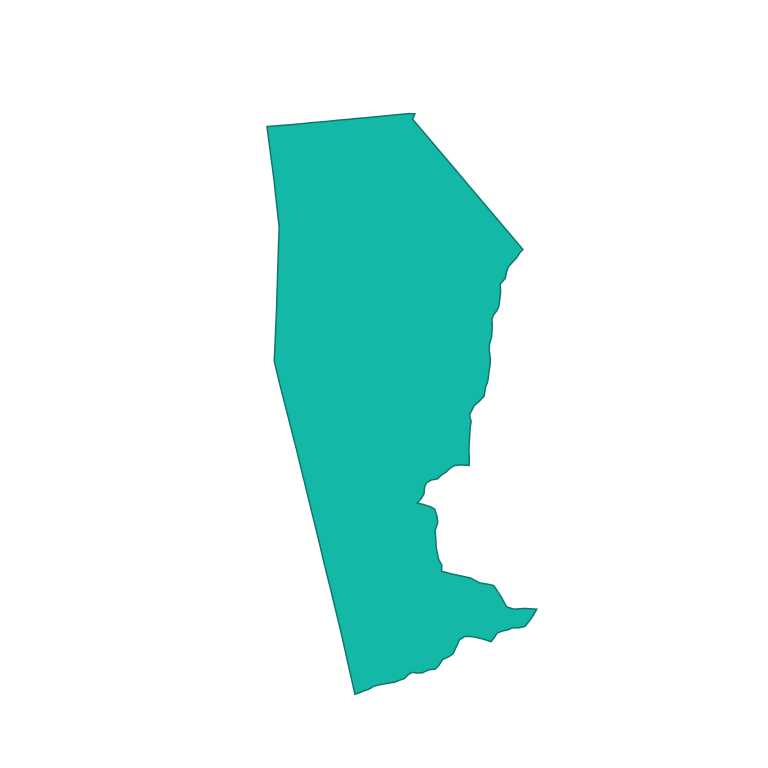 the district of São José da Tapera, Alagoas, Brazil, rotated 238°
{"feature_id": "56859067B81495136309648", "entity_name": "São José da Tapera", "entity_type": "district", "adm_level": 2, "iso_a3": "BRA", "parent_name": "Brazil", "parent_adm1": "Alagoas", "projection": "albers", "projection_center": [-37.538, -9.529], "detail": "fine", "context": "isolated", "style": "filled", "palette": "teal", "viewbox_px": 768, "rotation_deg": 238, "n_neighbors": 0, "source": "geoboundaries", "source_scale": "gbopen_adm2", "svg_char_len": 1935}
<svg xmlns="http://www.w3.org/2000/svg" viewBox="0 0 768 768"><g transform="rotate(238 384 384)"><path d="M461.7,303.1L441.2,296.2L436.6,294.7L374.9,275.1L355.7,268.7L344.6,265.1L317.1,256.0L284.8,245.4L264.5,238.5L245.2,232.2L240.4,230.7L194.3,215.3L136.2,194.9L135.2,199.8L134.3,204.5L133.1,209.9L133.1,214.8L131.9,219.2L129.3,225.8L127.5,230.4L125.4,235.2L124.6,239.8L123.4,245.2L124.6,250.1L124.7,254.8L121.5,258.7L118.8,263.3L117.9,270.7L115.0,276.3L116.4,281.6L119.3,287.7L118.4,294.0L118.6,299.6L123.0,306.3L127.1,312.7L127.1,318.8L122.5,325.6L117.3,330.8L113.3,334.5L108.7,338.2L110.4,342.9L112.8,348.0L111.8,353.5L109.9,358.8L109.2,363.5L105.6,369.6L103.7,375.0L105.8,381.2L109.0,388.6L112.1,394.2L119.3,384.1L124.1,375.0L130.0,369.9L140.9,370.6L154.9,370.3L159.0,366.2L164.8,359.6L173.8,354.4L188.1,339.7L194.8,333.6L199.7,337.0L206.9,337.5L217.6,341.6L224.6,345.5L232.6,349.7L238.2,356.3L243.7,358.8L251.0,360.7L255.1,358.5L260.7,353.8L265.5,349.2L267.3,355.3L269.6,359.7L275.0,363.7L277.6,367.4L277.6,373.0L275.2,379.2L276.4,384.6L276.4,389.7L277.6,395.6L277.6,400.2L274.9,405.9L269.8,413.0L276.4,417.4L282.5,420.6L297.9,431.5L301.8,434.3L305.9,438.0L312.4,440.1L317.8,448.9L319.0,456.2L320.7,462.6L327.7,468.6L330.5,472.6L333.8,475.6L337.9,478.8L344.4,484.4L349.0,487.6L356.6,491.0L361.8,494.5L367.4,500.6L376.4,507.0L381.2,509.5L384.3,512.9L386.4,518.6L388.9,522.5L396.6,528.8L401.1,532.2L407.1,535.4L409.3,542.8L413.6,546.8L417.5,551.6L420.8,563.4L423.3,568.6L424.5,573.1L514.7,560.0L522.0,559.0L593.4,548.6L596.7,553.4L600.1,548.5L602.8,543.1L605.0,538.7L608.8,531.1L613.9,520.8L616.1,516.4L619.5,509.6L624.1,500.7L626.0,496.6L629.4,490.0L632.5,483.9L636.0,476.7L638.1,472.5L640.5,467.8L644.4,460.4L647.3,454.3L651.0,446.9L654.1,440.8L659.9,429.8L664.3,421.2L614.6,398.5L610.4,396.4L572.1,378.0L556.9,367.6L552.7,364.8L506.0,333.6L478.0,314.4L461.7,303.1Z" fill="#14b8a6" stroke="#0f766e" stroke-width="1.5"/></g></svg>